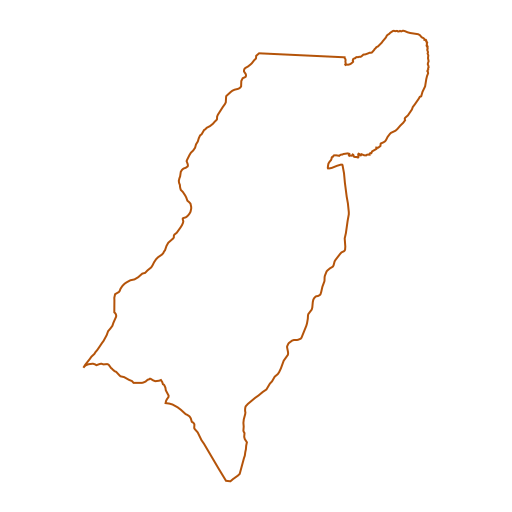 Fuquene, Cundinamarca, Colombia
{"feature_id": "7082276B76797712336992", "entity_name": "Fuquene", "entity_type": "district", "adm_level": 2, "iso_a3": "COL", "parent_name": "Colombia", "parent_adm1": "Cundinamarca", "projection": "mercator", "projection_center": [-73.763, 5.409], "detail": "fine", "context": "isolated", "style": "outline", "palette": "amber", "viewbox_px": 512, "rotation_deg": 0, "n_neighbors": 0, "source": "geoboundaries", "source_scale": "gbopen_adm2", "svg_char_len": 5975}
<svg xmlns="http://www.w3.org/2000/svg" viewBox="0 0 512 512"><path d="M344.6,57.3L259.1,53.3L256.2,55.8L256.0,58.3L255.7,58.8L254.2,60.2L251.8,63.3L250.5,64.5L248.0,66.5L245.3,68.0L244.4,69.0L244.0,70.3L244.0,71.5L245.7,74.0L246.0,75.2L245.9,76.0L245.7,76.7L244.8,77.3L242.7,78.2L241.3,81.0L241.1,86.4L240.3,87.5L239.1,88.4L237.9,88.9L234.6,89.7L232.4,90.7L230.7,92.0L226.4,95.9L226.1,96.8L225.8,102.3L224.9,104.1L223.0,106.7L217.9,114.7L217.1,116.6L217.0,119.2L216.5,120.0L214.8,121.6L212.9,123.8L210.0,126.1L206.7,127.8L205.3,129.3L204.1,130.0L201.6,134.3L200.1,135.4L198.8,138.2L197.8,141.5L196.0,144.4L195.1,147.7L193.2,150.5L190.9,152.7L189.5,155.0L187.1,159.8L186.6,161.1L187.7,164.1L187.9,165.4L187.7,166.4L185.7,167.8L183.9,168.4L182.8,169.1L181.9,170.0L180.8,171.8L180.1,176.5L179.4,178.3L178.8,180.9L179.1,182.9L179.9,185.0L180.0,186.7L180.3,188.2L180.8,189.9L182.8,191.9L185.2,195.5L186.2,197.4L187.4,200.7L189.3,202.3L190.5,203.7L191.2,207.0L191.2,208.6L190.5,211.8L189.5,213.6L188.2,215.3L186.6,216.8L185.6,217.4L183.5,218.0L182.8,218.4L182.7,219.0L183.3,221.3L183.0,222.8L182.0,225.1L180.5,227.5L176.7,232.8L174.4,234.6L173.9,235.5L173.8,237.5L173.3,238.3L168.3,242.7L166.5,245.9L165.0,250.3L164.1,251.4L163.2,253.2L161.9,254.6L158.1,257.2L156.1,259.2L154.1,262.2L152.5,265.4L151.2,267.4L147.5,270.4L145.1,272.9L142.3,273.6L138.2,277.2L134.5,279.4L130.3,280.3L126.5,282.4L124.6,283.7L122.6,285.7L121.8,286.8L120.5,288.8L119.7,290.9L118.9,292.0L115.1,294.2L114.3,297.8L114.4,300.3L114.3,312.3L115.2,313.2L115.9,314.3L116.2,315.7L116.1,316.7L113.4,322.8L112.4,325.8L110.4,328.5L108.1,331.2L106.7,335.1L103.5,341.0L102.0,343.0L99.6,346.6L97.2,350.1L95.4,352.2L94.4,353.9L91.4,356.7L89.8,359.0L85.2,364.8L83.4,367.7L84.4,366.5L85.6,365.4L87.2,364.7L88.7,364.2L92.9,363.7L94.9,364.3L96.4,365.2L99.4,364.1L101.2,363.7L103.5,364.4L106.9,364.1L107.7,364.2L108.8,364.9L111.1,368.1L112.0,368.7L112.7,369.6L113.8,370.4L114.4,371.1L116.1,371.8L116.6,372.3L119.7,375.6L120.5,376.3L124.1,377.1L128.9,379.8L132.0,381.1L133.6,382.9L141.7,382.9L143.1,382.6L145.5,381.6L147.7,379.7L148.8,379.5L149.9,378.7L150.6,378.8L153.2,380.4L155.3,381.2L159.2,380.7L160.9,380.0L162.3,382.2L162.9,384.2L163.9,384.7L164.4,385.4L165.4,387.7L165.8,390.3L168.6,395.6L168.5,397.0L166.8,399.4L166.0,401.1L165.6,403.1L169.4,403.6L172.5,404.5L177.6,407.3L180.9,409.8L185.6,414.1L187.3,414.9L189.4,416.3L190.0,417.1L190.8,418.4L191.8,421.8L193.3,422.7L194.2,423.9L194.4,424.7L194.2,428.0L194.7,429.0L197.7,432.4L201.5,440.2L204.0,443.8L218.3,468.1L226.0,480.8L230.4,481.3L233.1,479.0L237.9,475.6L239.7,473.9L244.0,458.0L244.8,455.7L245.3,452.0L245.9,449.3L246.2,445.6L246.9,442.3L244.8,439.1L244.2,436.9L244.5,433.1L243.6,431.5L243.4,430.6L243.7,426.6L243.4,422.9L243.8,419.3L245.2,414.1L245.4,412.4L245.1,411.0L245.1,409.1L245.4,407.1L245.8,406.2L247.9,403.9L255.2,397.8L258.5,395.5L262.7,392.0L266.4,389.5L269.9,383.6L272.0,381.4L274.7,376.7L277.8,374.1L278.4,373.2L279.1,372.2L280.9,368.4L283.7,360.7L287.9,354.8L288.1,353.4L288.0,352.0L287.1,347.4L287.1,346.4L288.3,343.8L288.9,343.0L292.1,340.6L293.9,340.0L296.9,340.0L298.0,339.8L300.7,338.7L301.5,337.7L306.3,325.8L307.0,323.4L307.8,318.8L308.0,315.3L308.3,314.1L311.7,309.6L312.0,308.6L312.3,307.4L312.8,302.0L313.3,299.7L314.1,298.2L315.3,296.9L316.1,296.3L318.0,296.0L319.0,295.5L320.2,294.7L320.5,294.2L321.2,292.0L322.4,286.7L324.3,281.6L324.5,280.7L324.6,277.1L324.9,275.7L326.6,271.4L327.5,270.4L330.0,268.3L332.6,266.8L333.0,266.4L333.6,265.2L334.6,261.4L335.5,259.9L340.2,253.8L341.5,252.4L344.0,251.2L344.7,250.5L345.1,249.5L345.3,246.6L344.7,238.4L345.9,233.1L347.6,221.0L348.8,214.3L348.8,212.1L347.9,203.4L346.7,196.7L344.9,182.8L344.0,173.2L342.5,165.1L342.2,164.7L341.0,164.6L337.0,165.8L331.8,167.9L329.4,168.4L328.0,168.4L327.8,167.9L328.0,165.9L328.4,163.7L328.9,162.8L329.6,161.7L331.0,160.1L331.6,158.6L331.7,157.6L332.0,157.1L333.1,156.6L333.4,155.9L334.1,155.3L336.1,155.3L339.1,155.8L339.2,155.5L340.1,155.2L341.1,154.6L342.2,154.6L343.5,154.0L347.7,153.4L349.2,153.8L348.8,155.1L349.3,155.8L350.0,155.3L350.9,155.7L351.9,155.7L352.7,154.5L353.3,154.9L353.9,156.6L354.9,157.0L356.8,157.0L357.3,157.4L358.1,157.5L358.4,157.2L358.5,156.7L358.2,154.3L358.6,153.7L359.5,154.1L360.2,155.1L360.8,155.4L361.0,155.2L361.2,154.4L361.4,154.2L364.2,155.3L366.2,155.4L366.8,154.8L367.7,154.6L369.6,154.7L369.6,153.8L370.0,153.3L370.4,153.1L371.3,153.2L372.1,151.4L376.3,149.0L376.6,148.7L376.3,148.0L376.3,147.6L378.2,147.7L380.4,146.0L380.7,143.6L381.3,143.2L382.0,143.0L383.7,142.2L385.2,141.2L386.2,139.7L387.6,136.9L389.9,133.9L390.9,132.9L395.5,130.7L397.3,129.1L400.4,125.5L403.2,122.8L405.1,120.2L404.8,119.2L404.8,118.4L405.1,117.9L405.7,117.3L407.9,115.4L411.9,109.5L412.8,107.0L414.8,104.4L418.8,98.6L419.8,96.8L421.2,96.3L422.5,91.8L425.1,86.4L426.3,79.0L427.0,76.1L428.1,73.3L427.9,71.8L427.4,71.4L427.4,70.8L427.6,70.3L428.2,69.7L428.1,68.2L428.6,67.4L428.4,65.9L427.8,64.3L427.9,63.3L428.6,61.2L428.0,58.2L428.3,55.3L427.6,53.5L428.0,52.2L427.9,51.7L427.2,49.9L427.7,48.8L427.4,48.1L427.7,46.9L427.6,46.5L427.0,46.5L426.6,45.8L426.6,45.4L427.0,45.1L426.8,43.9L427.2,42.6L426.8,41.9L426.5,41.8L426.2,41.6L426.3,40.6L426.1,40.1L425.8,39.8L424.5,39.9L424.5,39.3L424.0,38.6L423.2,38.0L421.7,37.3L419.8,35.1L418.1,34.2L410.2,33.0L407.6,32.3L404.8,31.1L403.0,30.7L401.2,31.4L400.0,30.9L399.1,31.4L398.3,31.5L397.8,31.4L397.4,31.0L396.8,30.9L395.3,31.2L393.8,30.8L392.9,31.0L390.2,32.8L389.3,33.8L387.4,35.0L386.6,36.0L386.0,37.3L385.4,38.1L382.6,41.4L381.8,42.6L377.9,46.5L376.5,47.1L376.0,47.6L375.7,48.2L374.6,49.1L374.2,49.9L371.9,52.5L370.8,52.8L369.7,52.7L367.8,53.5L365.3,54.4L363.4,54.6L361.5,56.3L360.6,56.8L359.1,56.8L358.4,57.1L356.5,57.1L355.7,57.6L355.3,58.2L354.5,58.3L353.1,59.2L352.8,60.5L353.1,61.0L353.1,61.8L352.5,62.4L350.9,63.7L350.0,64.2L348.3,64.7L346.1,64.7L345.6,65.0L345.2,64.6L345.7,63.5L345.4,61.4L345.6,60.1L345.4,59.2L344.6,57.9L344.6,57.3Z" fill="none" stroke="#b45309" stroke-width="2"/></svg>